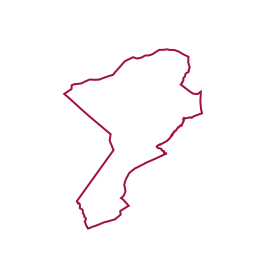 Kimiti, Sila, Chad, rotated 55°
{"feature_id": "50815135B66817745888418", "entity_name": "Kimiti", "entity_type": "district", "adm_level": 2, "iso_a3": "TCD", "parent_name": "Chad", "parent_adm1": "Sila", "projection": "equal_earth", "projection_center": [22.332, 11.896], "detail": "fine", "context": "isolated", "style": "outline", "palette": "rose", "viewbox_px": 256, "rotation_deg": 55, "n_neighbors": 0, "source": "geoboundaries", "source_scale": "gbopen_adm2", "svg_char_len": 4193}
<svg xmlns="http://www.w3.org/2000/svg" viewBox="0 0 256 256"><g transform="rotate(55 128 128)"><path d="M81.9,57.6L81.5,66.1L80.5,69.4L78.5,72.3L78.0,76.7L76.5,80.5L72.9,83.3L71.5,92.4L73.4,100.0L74.9,106.6L75.9,109.7L74.6,113.5L73.9,116.1L72.9,119.5L71.9,123.6L69.9,127.0L66.3,131.6L65.1,137.6L64.8,140.6L61.3,146.9L60.7,149.6L63.7,151.9L63.5,160.7L68.4,159.4L84.8,155.7L95.8,153.1L123.1,145.8L127.9,150.3L137.8,152.5L158.6,211.8L159.0,212.1L159.7,211.9L159.8,211.9L160.3,212.0L160.7,212.1L160.9,212.2L161.1,211.6L161.9,211.3L161.9,211.2L162.3,211.2L162.7,211.2L164.9,212.5L165.5,213.1L166.1,213.4L166.4,213.4L166.5,213.3L166.6,213.1L167.1,212.8L168.6,212.2L168.9,212.2L169.1,212.2L170.5,212.8L171.8,213.6L172.1,213.9L173.2,213.8L174.0,213.8L174.9,214.3L174.9,214.2L175.0,214.2L175.4,214.5L176.0,214.6L177.6,214.3L178.0,214.5L178.3,214.6L179.0,215.4L179.1,215.5L179.2,215.8L179.3,216.1L179.4,216.3L179.5,216.7L179.7,216.9L180.0,217.2L180.4,217.1L180.5,217.1L183.4,218.1L185.5,218.1L185.9,218.4L186.8,218.3L187.5,218.4L187.7,217.6L187.8,217.3L188.6,213.6L189.1,211.9L189.2,211.7L189.6,210.3L190.9,204.7L191.2,203.5L191.3,202.6L192.4,199.4L192.5,199.3L195.1,191.9L195.3,191.2L195.0,186.8L194.8,184.1L194.6,183.6L193.6,183.1L192.8,182.6L191.5,182.0L191.6,180.7L191.8,176.9L192.0,172.7L192.1,172.1L189.8,172.3L184.1,173.0L181.6,173.8L181.4,173.9L181.1,170.6L180.2,169.0L180.0,168.7L179.7,168.2L179.5,167.9L178.0,166.1L176.7,165.5L173.4,164.1L173.1,163.9L172.4,163.7L172.1,163.4L169.2,159.7L168.8,159.2L166.8,155.3L166.1,153.8L166.0,153.7L165.8,153.3L165.6,152.8L165.4,150.3L165.2,147.1L165.2,146.7L165.1,145.8L165.7,141.9L166.0,139.7L166.6,135.3L167.0,132.1L167.5,129.6L168.9,122.9L170.6,113.0L170.6,112.9L171.0,111.6L170.6,111.3L170.3,111.4L170.2,111.6L169.9,112.5L169.5,112.9L168.4,112.5L168.3,112.4L168.0,112.0L168.0,111.9L167.8,111.8L167.4,112.1L167.2,112.4L165.9,113.0L165.3,113.1L165.2,113.1L164.8,112.7L164.6,112.6L164.4,112.7L163.0,113.5L162.7,113.7L162.5,113.9L162.3,114.3L162.2,114.5L161.9,114.8L160.5,115.2L159.7,115.1L159.7,114.9L159.5,114.4L159.4,113.9L159.5,113.0L159.5,112.9L159.8,112.3L159.9,111.9L159.7,111.7L159.7,110.9L160.1,110.7L160.3,110.6L160.3,109.2L160.5,107.9L160.8,104.9L160.9,104.1L160.9,103.8L160.9,103.7L161.0,103.1L161.0,102.9L160.7,102.3L160.5,101.9L160.6,101.2L160.7,100.9L160.5,100.5L160.3,100.1L160.2,99.1L160.1,98.7L159.8,98.3L159.8,98.2L159.6,98.0L159.5,97.9L159.4,97.7L159.6,97.1L159.4,95.9L159.2,95.9L158.8,96.2L158.6,96.0L158.4,96.0L158.4,95.8L158.4,95.7L158.6,95.6L158.8,95.0L158.2,94.2L157.7,93.4L157.9,92.7L158.0,92.7L158.0,92.3L158.0,92.2L157.9,92.1L157.4,91.9L157.3,91.7L157.2,91.6L157.2,91.1L157.4,90.5L157.5,90.4L157.6,90.2L157.6,89.9L157.2,89.3L157.1,89.2L156.6,88.0L156.6,87.8L156.6,87.7L156.5,86.9L156.5,86.5L156.6,86.1L156.3,85.7L156.2,85.7L156.5,85.1L156.4,84.6L156.3,84.4L156.2,83.9L156.0,83.2L156.6,83.0L156.6,82.9L156.7,82.7L156.8,82.5L156.7,82.4L156.5,82.0L156.3,81.6L156.0,81.4L155.9,81.3L155.6,81.1L155.5,80.8L155.3,80.3L155.0,79.8L154.9,79.7L154.6,79.5L154.5,79.1L154.4,78.5L153.5,77.7L153.4,77.6L153.3,77.8L153.2,78.1L152.4,77.8L151.8,76.4L152.0,76.2L152.4,75.9L153.1,75.3L153.3,75.1L153.4,74.7L153.6,74.3L153.6,74.1L153.8,73.6L154.1,72.8L154.6,71.8L155.2,71.1L155.3,70.4L155.5,70.2L155.8,70.2L155.8,70.3L156.1,70.0L156.1,69.7L156.1,69.2L156.1,67.7L157.4,62.5L158.2,59.6L158.4,58.9L154.3,57.3L148.1,53.7L147.7,53.5L146.9,52.8L141.7,48.8L141.5,48.6L140.0,47.5L140.1,51.5L140.0,51.8L137.0,55.1L134.2,56.2L127.6,58.3L127.4,58.3L127.0,58.5L126.6,58.6L122.8,59.8L122.8,59.6L122.7,59.1L122.4,58.8L122.2,58.7L122.2,57.8L121.6,57.5L121.5,57.3L121.4,57.0L121.4,56.9L121.3,56.4L121.3,56.2L120.3,54.9L119.5,54.6L119.1,54.2L118.6,53.2L118.6,52.7L118.6,52.4L118.6,52.1L118.3,51.7L118.1,51.4L117.5,50.8L117.4,50.7L116.9,50.2L116.7,49.6L116.6,49.3L116.5,49.2L116.5,48.8L116.5,48.4L116.5,48.1L116.7,47.5L116.7,47.4L116.8,47.1L116.8,46.9L116.8,46.2L116.2,45.4L115.5,45.3L115.2,44.9L115.0,44.2L114.7,43.8L114.1,43.4L113.9,43.1L113.7,43.0L113.7,42.9L113.6,42.6L110.9,41.8L108.6,40.9L104.3,37.6L101.8,39.1L98.6,40.8L94.5,42.6L90.6,45.4L87.6,49.5L86.2,50.6L85.9,51.1L85.3,52.2L83.9,54.7L81.9,57.6Z" fill="none" stroke="#9f1239" stroke-width="2"/></g></svg>